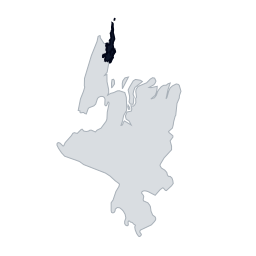 Cox's Bazar, Chittagong, Bangladesh shown in context, rotated 203°
{"feature_id": "16705992B34517682786426", "entity_name": "Cox's Bazar", "entity_type": "district", "adm_level": 2, "iso_a3": "BGD", "parent_name": "Bangladesh", "parent_adm1": "Chittagong", "projection": "robinson", "projection_center": [92.099, 21.257], "detail": "fine", "context": "in_parent", "style": "filled", "palette": "ink", "viewbox_px": 256, "rotation_deg": 203, "n_neighbors": 0, "source": "geoboundaries", "source_scale": "gbopen_adm2", "svg_char_len": 8729}
<svg xmlns="http://www.w3.org/2000/svg" viewBox="0 0 256 256"><g transform="rotate(203 128 128)"><path d="M92.5,175.5L92.5,169.7L89.0,158.3L89.2,157.1L88.4,151.6L87.6,148.5L87.1,145.3L89.3,140.6L88.4,139.8L83.7,138.4L83.1,137.2L84.2,132.6L80.8,128.3L79.4,125.0L83.1,114.5L84.1,107.3L83.8,105.8L81.6,104.2L77.7,103.6L74.9,102.2L73.3,100.1L71.9,99.3L70.2,99.9L68.0,99.1L66.2,97.1L64.7,94.6L65.3,91.9L68.2,85.4L69.3,85.2L71.8,86.5L72.7,86.5L74.3,83.9L76.7,76.7L84.7,77.3L86.6,77.1L88.6,76.5L89.7,75.6L90.3,74.4L90.1,73.4L87.6,72.0L86.7,71.0L86.1,68.1L85.3,67.0L80.5,66.9L78.0,65.5L76.7,64.4L74.3,60.4L71.3,57.5L68.4,56.8L67.3,55.8L66.7,54.3L67.1,52.2L68.6,48.0L76.6,39.0L76.8,38.0L76.5,36.8L74.2,35.4L74.0,34.6L74.7,32.7L76.0,32.5L78.7,34.2L81.5,37.0L83.1,39.5L83.2,41.4L85.3,41.8L87.1,42.7L89.0,42.4L90.2,42.9L91.0,42.8L91.3,41.6L89.8,38.8L90.6,37.6L92.4,37.7L93.7,38.7L94.6,40.9L94.8,44.3L96.9,47.4L99.7,49.6L101.9,50.6L104.6,51.3L106.8,50.6L108.0,48.4L107.5,46.5L107.8,44.8L108.8,43.9L110.2,43.9L111.2,45.3L114.3,52.6L113.6,55.9L114.3,64.8L113.5,70.7L113.9,72.9L114.5,73.3L119.1,74.4L125.9,76.8L131.1,77.7L154.5,77.0L159.6,78.2L175.3,77.3L179.5,79.2L184.1,82.2L186.7,84.5L187.2,85.8L186.9,86.9L186.1,87.5L184.5,87.5L180.8,86.0L180.2,86.5L180.1,90.0L177.1,98.9L176.7,101.6L175.6,102.7L172.6,103.2L170.5,108.4L169.7,109.0L167.6,107.9L166.4,108.1L164.8,108.6L163.2,109.7L162.1,111.2L160.9,111.7L156.5,111.6L155.6,114.0L152.8,117.2L150.8,125.5L150.9,128.0L153.3,134.6L155.0,143.2L155.7,144.1L156.5,144.2L156.5,140.2L157.3,139.7L158.4,140.2L160.4,145.5L161.6,146.8L163.4,147.2L165.5,146.4L167.0,144.8L167.6,143.2L167.1,137.4L168.1,135.0L171.7,131.5L172.2,130.4L171.9,124.6L173.3,124.5L175.1,124.9L177.4,123.5L178.1,123.5L179.0,125.0L180.7,124.7L183.1,136.2L183.3,144.3L183.8,148.8L184.7,149.8L187.4,156.6L190.0,180.4L190.3,195.5L191.3,200.6L190.4,201.8L189.6,202.0L188.8,200.2L183.0,196.4L181.6,196.8L179.6,199.0L178.8,201.1L179.2,204.0L179.8,206.8L181.2,208.5L181.3,210.3L182.8,217.1L182.4,217.1L179.2,210.9L175.4,204.8L174.2,193.9L174.1,188.6L171.5,182.2L169.0,171.2L170.1,167.3L168.3,169.0L165.4,162.4L160.9,155.9L159.6,153.0L159.6,150.2L157.6,153.0L155.0,155.0L152.3,158.0L150.5,158.9L144.8,159.4L141.5,155.5L136.9,145.7L136.2,143.5L136.9,137.8L135.8,132.4L135.5,127.7L134.6,128.1L134.3,129.4L134.5,131.4L134.1,133.1L126.2,132.0L129.6,134.8L133.2,135.5L135.1,138.0L135.2,142.3L131.6,144.8L131.9,147.0L134.0,149.6L131.5,150.3L130.8,152.0L130.7,154.5L132.5,158.2L132.2,159.7L135.1,164.6L135.7,166.9L135.0,170.2L128.5,176.9L126.6,181.7L125.0,183.9L123.0,184.3L120.6,182.1L120.6,179.8L121.1,177.9L124.5,173.5L122.6,174.1L117.4,177.8L116.4,174.8L115.8,172.0L115.8,168.6L118.3,163.6L115.5,166.1L114.7,169.3L115.0,173.0L114.6,175.6L113.5,179.0L112.0,181.1L109.5,182.4L108.4,184.4L106.7,185.9L106.2,179.0L104.4,169.7L104.1,171.7L104.9,177.5L104.9,181.2L103.5,184.2L100.8,187.4L98.7,187.8L97.5,187.3L93.6,182.5L93.3,178.0L92.5,175.5ZM140.1,175.6L135.3,176.8L132.9,176.4L137.5,168.0L137.3,164.3L136.6,161.2L134.3,158.8L134.2,157.0L133.2,154.6L132.6,151.8L135.2,150.9L137.3,152.5L138.0,155.7L139.1,158.1L142.7,163.0L142.6,166.0L141.6,173.4L140.1,175.6ZM150.4,172.9L147.5,175.1L148.5,161.9L150.7,166.8L151.2,169.4L150.4,172.9ZM161.6,166.3L160.4,167.2L159.2,166.4L157.6,163.3L158.4,159.4L158.9,158.8L160.7,162.8L161.6,166.3ZM172.5,194.2L170.8,194.3L170.0,193.4L170.4,192.1L169.9,187.8L172.0,187.4L172.8,190.9L172.5,194.2ZM170.6,182.2L169.4,186.5L168.9,184.6L169.8,180.8L170.6,182.2ZM136.5,147.7L136.9,149.1L134.3,147.3L133.6,146.1L134.8,145.4L136.5,147.7Z" fill="#d9dde1" stroke="#a8b0b8" stroke-width="1"/><path d="M175.5,181.6L175.5,180.9L175.3,181.0L175.0,180.9L175.1,181.3L174.9,181.3L174.9,181.5L174.2,181.6L173.8,181.4L173.5,181.6L173.3,181.6L173.1,181.5L173.1,181.8L172.9,181.9L173.0,182.0L172.9,182.2L172.7,182.2L172.8,182.0L172.7,181.9L172.5,182.2L172.3,182.2L172.2,182.4L171.9,182.4L171.7,182.5L171.8,182.9L171.7,183.0L171.5,183.6L171.4,184.3L170.7,185.9L170.3,187.5L170.0,188.1L170.0,188.3L169.9,188.6L169.9,189.0L170.1,189.2L170.1,189.3L170.5,189.7L170.8,189.7L170.5,188.9L170.5,188.5L170.7,188.3L171.3,188.1L170.7,188.4L170.6,188.6L170.6,188.9L170.9,189.5L170.9,189.8L170.7,190.2L170.7,190.4L170.6,190.5L170.3,190.6L170.3,190.8L170.3,191.1L170.2,191.4L170.2,191.5L170.4,191.2L170.5,191.2L170.7,190.7L170.5,191.3L170.4,191.6L170.3,191.8L170.3,192.0L170.0,192.1L170.0,192.3L170.1,192.6L170.3,192.5L170.9,193.0L170.7,193.0L170.4,193.1L170.0,193.1L169.7,193.5L169.8,193.6L170.2,193.8L169.8,193.7L170.1,194.3L170.3,194.4L170.9,195.1L171.4,195.3L171.5,195.2L171.4,195.4L171.5,195.4L171.8,195.0L172.0,195.0L172.1,194.8L171.6,194.8L171.2,194.4L171.7,194.7L171.8,194.7L172.2,194.7L172.3,194.6L172.2,194.4L172.6,194.3L173.2,194.1L173.4,193.0L173.5,191.4L173.6,190.8L173.6,191.2L173.7,190.8L173.4,189.9L172.8,189.0L172.4,187.7L172.9,189.0L173.3,189.5L173.7,190.2L173.8,190.2L174.1,190.8L174.1,191.1L174.3,191.2L174.2,190.5L174.4,191.0L173.9,191.5L173.7,192.2L173.9,193.8L174.0,193.9L174.1,194.1L174.1,194.4L174.3,194.4L174.4,194.5L174.1,194.4L174.1,194.2L173.9,193.9L173.3,195.3L173.2,195.3L173.0,195.8L173.0,195.7L173.1,195.4L173.0,195.2L172.6,195.5L172.7,196.3L173.4,197.1L173.5,197.4L174.4,198.7L174.8,199.9L174.8,200.4L175.0,200.5L175.2,201.3L175.1,202.9L175.2,203.9L175.1,204.5L175.5,205.3L178.8,209.8L179.1,210.3L179.5,211.7L180.1,213.2L180.8,214.3L181.5,215.5L182.3,217.6L182.6,218.1L183.0,218.5L183.4,218.7L183.5,218.7L183.3,218.5L183.3,218.4L183.3,218.1L183.2,218.1L183.3,217.9L183.1,217.1L182.8,216.2L182.6,215.2L182.2,214.1L182.1,213.9L181.6,213.5L181.3,213.0L181.1,211.9L181.2,211.1L181.0,210.7L181.0,210.1L180.8,209.6L181.0,208.8L181.2,208.6L181.2,208.4L181.0,207.9L180.3,207.3L180.1,206.6L179.9,206.5L179.6,206.6L179.4,206.4L179.3,206.0L179.5,205.6L179.4,205.3L179.2,205.2L178.9,205.3L178.7,205.3L178.6,204.6L178.6,204.3L178.7,204.1L178.6,203.8L178.5,203.7L178.4,203.5L178.5,203.4L178.6,203.1L178.8,202.9L178.9,202.3L179.1,202.1L179.1,201.9L179.1,201.7L178.9,201.8L178.8,201.7L178.7,201.4L178.8,201.3L178.6,201.2L178.6,200.9L178.2,200.4L178.2,200.2L178.0,199.4L177.9,199.2L177.8,199.3L177.7,198.7L177.5,198.3L177.4,197.7L177.6,197.5L177.8,197.6L177.9,197.4L178.2,197.2L178.2,196.8L178.4,196.6L178.5,196.7L178.8,196.6L178.9,196.9L179.1,196.8L179.3,197.5L179.4,197.9L179.8,197.8L180.0,197.6L180.4,197.7L180.7,197.5L180.7,197.4L180.4,197.2L180.5,196.8L180.3,196.7L180.3,196.4L180.2,196.2L180.4,196.1L180.4,195.9L180.6,196.0L180.5,195.8L180.5,195.7L180.4,195.5L180.5,195.2L180.3,195.1L180.1,195.1L180.0,194.6L179.9,194.5L179.9,194.3L179.6,194.3L179.4,194.0L179.2,194.0L179.0,194.4L178.9,194.2L178.7,194.2L178.6,193.8L178.3,193.4L178.3,193.1L178.5,192.9L178.8,192.7L179.0,192.3L178.8,192.1L178.6,191.8L178.6,191.7L178.7,191.3L178.5,191.1L178.3,191.1L177.9,191.4L177.8,191.2L177.8,190.7L177.4,190.5L177.3,190.3L177.0,190.2L176.8,189.9L176.6,189.9L177.0,189.6L176.7,189.4L176.8,189.3L176.9,189.2L177.0,189.1L176.8,188.9L176.6,188.9L176.7,188.6L176.4,188.4L176.7,188.2L176.7,187.9L176.9,187.8L177.0,187.9L177.0,187.7L176.8,187.5L177.1,187.5L177.0,187.2L176.9,187.1L177.0,187.0L177.1,186.8L177.7,186.9L177.7,187.0L177.9,186.9L178.2,187.0L178.3,186.8L178.2,186.6L178.3,186.1L178.3,185.8L178.5,185.7L178.7,185.4L178.7,185.2L178.9,185.2L178.9,185.6L179.1,185.7L179.2,185.3L179.3,185.3L179.5,185.4L179.5,184.7L179.5,184.4L179.3,184.1L179.2,184.1L179.0,184.3L179.0,183.9L178.8,183.8L179.0,183.6L178.9,183.3L178.5,183.4L178.6,183.6L178.6,183.9L178.8,184.2L178.8,184.7L179.0,184.8L179.1,185.6L178.9,185.5L178.9,185.2L178.7,185.2L178.7,185.4L178.5,185.5L178.4,185.7L178.2,185.5L177.8,185.5L177.5,184.9L177.3,185.1L176.9,185.0L176.7,184.9L176.7,184.6L176.1,184.6L176.0,184.3L176.1,184.1L176.1,183.8L176.3,183.8L176.4,183.6L176.1,183.0L176.2,182.9L176.1,182.5L176.2,182.4L176.1,182.0L176.0,181.9L175.9,181.8L175.8,181.6L175.5,181.6ZM170.3,180.9L170.1,181.1L169.9,181.4L169.6,181.7L169.7,182.3L169.5,182.5L169.5,183.0L169.8,184.0L169.5,184.7L169.6,185.7L169.3,186.1L169.2,186.7L169.2,187.3L169.3,187.4L169.6,187.3L169.6,186.8L169.7,186.6L170.5,184.2L171.0,182.9L171.0,182.2L170.9,181.8L170.6,181.0L170.3,180.9ZM170.0,191.7L170.2,190.5L169.6,190.9L169.7,191.3L169.8,191.3L169.7,191.8L170.0,191.7ZM182.9,222.1L182.7,222.1L182.6,222.3L182.9,222.6L182.9,223.1L182.8,223.4L182.9,223.5L183.0,223.5L183.1,223.2L182.9,222.6L182.9,222.1ZM181.8,213.5L181.6,213.0L181.4,212.8L181.5,213.1L181.8,213.5ZM174.0,191.2L174.1,190.9L173.9,190.5L174.0,191.2ZM173.7,191.4L173.8,191.2L173.6,191.2L173.7,191.4ZM169.5,193.6L169.5,193.2L169.4,193.3L169.5,193.6ZM181.2,211.0L181.2,210.8L181.2,210.6L181.2,210.8L181.2,211.0ZM173.1,194.4L172.9,194.3L173.0,194.4L173.1,194.4ZM169.8,193.7L169.7,193.6L169.8,193.7Z" fill="#0f172a" stroke="#020617" stroke-width="1.5"/></g></svg>